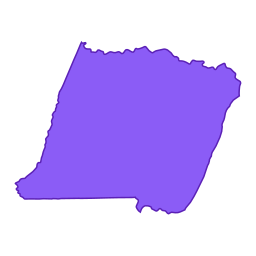 Dam Doi, Cà Mau, Vietnam
{"feature_id": "81297802B79677528710757", "entity_name": "Dam Doi", "entity_type": "district", "adm_level": 2, "iso_a3": "VNM", "parent_name": "Vietnam", "parent_adm1": "Cà Mau", "projection": "mercator", "projection_center": [105.265, 8.963], "detail": "fine", "context": "isolated", "style": "filled", "palette": "violet", "viewbox_px": 256, "rotation_deg": 0, "n_neighbors": 0, "source": "geoboundaries", "source_scale": "gbopen_adm2", "svg_char_len": 5633}
<svg xmlns="http://www.w3.org/2000/svg" viewBox="0 0 256 256"><path d="M81.5,42.3L80.6,44.1L76.8,53.2L74.0,59.5L71.4,65.7L65.6,79.3L63.7,83.9L62.8,85.9L61.4,88.8L59.5,91.9L59.2,93.0L58.9,94.4L58.5,95.5L58.4,96.2L58.5,97.8L57.8,100.2L57.9,100.9L58.4,101.6L58.7,102.2L58.7,102.6L58.5,102.9L58.0,103.4L56.6,104.6L56.5,104.9L56.4,105.2L56.4,105.6L56.5,106.7L56.5,107.2L56.2,107.6L55.9,108.2L55.6,109.0L55.4,110.9L55.2,111.2L54.3,111.8L53.6,112.6L52.5,114.5L52.4,115.2L53.0,116.3L53.0,116.7L53.0,117.1L53.0,117.5L51.7,120.3L51.5,121.2L51.6,121.9L52.0,123.6L52.1,124.3L52.0,124.8L50.7,127.7L49.9,129.4L49.7,129.8L49.3,130.2L48.6,130.7L48.1,131.2L48.0,131.6L48.0,132.1L48.4,133.9L48.4,134.6L48.4,135.2L48.2,135.8L47.8,136.3L46.9,137.3L46.0,138.5L45.7,139.1L45.8,139.8L46.0,141.1L46.0,142.0L45.9,142.8L45.9,143.1L45.0,144.6L45.0,145.3L45.1,145.9L45.2,146.7L45.1,147.3L43.9,150.1L43.2,152.1L42.3,155.8L41.5,157.7L40.8,161.5L40.6,162.2L40.3,162.5L40.0,162.6L38.6,162.6L38.3,162.7L37.9,163.1L37.4,163.7L37.1,164.5L36.8,166.9L36.5,167.6L34.2,170.2L32.8,171.7L27.2,176.1L26.0,177.2L25.4,177.9L25.1,178.2L24.5,178.4L22.3,178.6L21.5,178.8L20.8,179.1L20.3,179.5L19.7,180.3L19.0,181.4L18.4,181.7L16.1,182.8L15.6,183.1L15.4,183.6L16.0,184.1L17.3,185.3L17.8,186.3L17.9,187.1L17.7,187.7L16.8,188.2L16.5,188.5L16.3,189.0L16.6,189.8L17.3,190.2L18.3,190.5L18.5,190.7L18.5,191.0L18.4,191.4L18.0,192.0L17.9,192.4L18.0,192.8L18.2,193.1L18.5,193.3L19.4,193.5L19.8,193.7L20.0,194.1L20.0,195.2L20.2,195.8L20.4,196.1L21.4,196.6L22.8,197.3L23.3,197.7L23.9,198.4L24.4,198.8L25.0,199.0L30.0,198.9L32.9,198.9L37.3,199.0L39.1,199.0L43.4,198.7L51.6,198.9L52.4,198.8L52.7,198.6L56.2,198.7L57.9,198.9L59.2,198.8L60.4,198.6L61.8,198.5L63.9,198.5L79.0,198.3L80.5,198.4L93.0,198.2L108.2,197.8L118.3,197.6L131.9,197.5L135.4,197.3L135.6,197.9L135.9,198.2L136.5,198.7L137.3,199.2L137.7,199.5L138.0,199.8L138.2,200.2L138.3,201.0L138.3,201.6L138.1,202.2L136.5,205.8L136.3,206.5L136.3,207.0L136.4,207.3L136.9,208.4L137.8,209.8L138.7,210.9L140.3,212.1L141.0,210.2L141.7,208.6L142.4,207.7L143.2,206.9L144.2,206.2L145.2,205.8L146.2,205.8L148.2,205.9L149.2,206.2L150.3,206.6L151.1,207.1L151.4,207.7L151.5,208.4L151.8,208.8L152.3,209.1L153.4,209.6L155.2,210.6L155.9,210.9L156.4,211.0L157.1,210.8L158.1,210.0L159.4,208.7L159.8,208.6L160.2,208.6L160.5,208.8L161.1,209.2L161.5,209.7L162.1,210.2L162.7,210.5L164.3,210.7L165.3,210.9L165.7,211.2L166.1,211.6L167.0,212.7L167.5,213.2L168.0,213.5L168.4,213.6L168.7,213.7L169.2,213.4L169.7,213.1L170.7,212.6L171.3,212.3L172.0,212.3L175.2,212.7L177.9,212.6L180.5,211.8L183.4,210.5L184.9,209.8L185.2,208.9L186.0,207.6L190.4,202.3L193.9,196.5L196.8,191.0L203.8,176.7L206.5,168.6L207.6,165.4L208.6,163.6L209.3,161.1L209.5,159.4L210.4,157.7L210.9,156.8L211.3,156.3L211.6,153.9L212.2,152.2L213.8,149.6L216.0,145.9L219.9,137.2L221.7,131.4L221.9,129.3L222.1,127.8L222.2,126.4L222.0,125.6L222.1,124.1L222.4,123.3L222.9,122.0L223.9,119.9L224.5,117.7L225.4,112.9L226.5,110.1L227.8,108.1L229.1,106.8L229.8,105.9L230.1,104.7L230.8,103.4L233.3,100.1L235.4,98.6L239.3,95.9L239.2,95.3L239.1,93.4L239.2,90.6L239.5,87.3L239.6,86.6L239.7,85.9L240.6,83.4L240.6,82.8L240.3,81.8L240.0,81.4L236.5,79.2L235.7,78.5L235.4,78.0L235.1,77.4L235.1,77.0L235.2,76.2L235.5,75.1L235.6,74.6L235.5,73.6L235.1,73.1L233.9,72.1L232.8,71.1L231.2,69.4L230.6,68.9L229.8,68.5L229.4,68.4L227.6,68.1L227.1,67.9L226.6,67.6L226.2,67.1L225.7,66.3L225.4,65.6L225.1,64.3L224.9,63.8L224.6,63.5L224.3,63.5L224.0,63.5L223.7,63.5L223.0,63.8L220.8,64.9L219.6,65.5L218.9,65.9L218.2,66.4L217.7,66.8L216.7,68.2L216.4,68.7L216.0,69.2L215.8,69.4L215.5,69.5L215.1,69.5L214.7,69.3L214.3,69.0L214.1,68.6L213.7,67.9L213.4,67.6L213.1,67.3L212.7,67.2L211.9,67.2L211.2,67.4L210.3,67.7L209.0,68.0L208.7,68.0L208.1,68.0L207.4,67.8L205.9,66.9L203.8,66.4L203.2,66.2L202.6,65.7L202.3,64.7L202.3,64.4L202.4,64.2L202.7,63.7L203.8,62.9L203.9,62.7L204.0,62.3L203.9,62.0L203.7,61.6L203.4,61.4L202.9,61.2L202.3,61.1L202.1,61.1L200.2,61.3L198.4,61.3L196.3,61.2L195.8,61.1L194.1,60.4L193.4,60.3L192.9,60.3L192.7,60.4L192.3,60.7L191.4,61.8L191.0,62.4L190.5,63.4L190.3,63.7L190.0,63.9L189.6,64.0L189.0,63.9L188.2,63.4L186.2,62.3L184.3,61.5L183.6,61.3L182.3,61.0L180.0,60.9L179.3,60.8L179.0,60.5L178.7,60.1L178.6,59.7L178.6,59.0L178.5,58.5L178.4,58.3L178.1,57.9L177.7,57.5L177.0,57.0L176.3,56.7L175.8,56.7L174.8,56.8L174.5,56.7L174.4,56.6L173.8,56.2L172.7,55.2L172.3,54.6L171.5,53.4L171.0,52.8L168.0,50.4L167.3,49.9L165.7,49.3L165.2,49.2L164.2,49.1L163.5,49.2L157.1,50.6L155.9,50.9L155.3,51.2L154.3,51.7L153.0,52.6L152.8,52.7L152.4,52.7L152.0,52.6L151.6,52.5L150.9,52.0L149.3,50.9L148.6,50.2L147.9,49.3L145.9,46.9L145.5,46.7L145.1,46.6L144.8,46.6L144.4,46.7L142.3,47.7L141.2,48.1L139.7,48.6L137.9,49.0L137.3,48.9L136.3,48.5L136.0,48.5L135.5,48.8L135.1,49.3L134.3,51.0L133.8,51.6L133.4,52.0L133.1,52.1L132.6,52.1L132.0,52.0L130.6,51.3L128.8,50.2L128.1,49.9L127.4,49.7L126.6,49.7L126.0,49.8L125.4,50.3L124.8,51.0L124.0,52.2L123.4,52.9L122.8,53.4L122.2,53.5L121.6,53.5L119.8,52.2L119.2,51.9L118.8,51.8L118.2,51.8L115.5,52.6L114.6,52.6L113.8,52.6L111.6,52.0L111.0,51.9L110.2,51.9L109.5,52.1L108.2,52.8L106.9,53.6L105.8,54.1L105.1,54.3L104.7,54.3L104.3,54.2L103.9,53.9L103.7,53.4L103.3,52.0L102.9,51.6L101.2,51.1L99.3,50.1L98.7,50.0L97.9,50.1L97.5,50.6L96.4,51.9L95.8,52.2L95.4,52.4L93.4,52.1L91.2,52.0L91.0,51.8L91.0,50.5L90.8,49.7L90.5,49.3L89.9,49.0L89.2,49.0L87.8,49.0L86.9,48.9L86.0,48.7L85.3,48.3L84.6,47.6L84.0,46.6L83.7,46.1L83.7,45.6L83.8,45.0L85.5,43.8L85.8,43.5L85.8,43.2L85.7,42.9L85.5,42.7L85.2,42.7L84.3,42.8L83.5,43.1L82.9,43.2L82.4,43.1L82.0,42.9L81.5,42.3Z" fill="#8b5cf6" stroke="#5b21b6" stroke-width="1.5"/></svg>